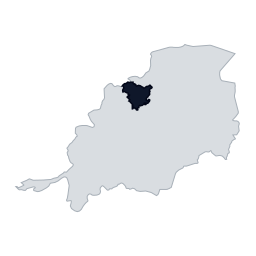 where Zabul sits in Afghanistan, rotated 181°
{"feature_id": "AFG-1755", "entity_name": "Zabul", "entity_type": "Province", "adm_level": 1, "iso_a3": "AFG", "parent_name": "Afghanistan", "parent_adm1": "", "projection": "mercator", "projection_center": [67.11, 32.305], "detail": "fine", "context": "in_parent", "style": "filled", "palette": "ink", "viewbox_px": 256, "rotation_deg": 181, "n_neighbors": 0, "source": "natural_earth", "source_scale": "10m", "svg_char_len": 7476}
<svg xmlns="http://www.w3.org/2000/svg" viewBox="0 0 256 256"><g transform="rotate(181 128 128)"><path d="M109.2,65.3L114.7,64.8L118.4,65.5L120.4,67.4L122.3,67.9L124.2,67.0L125.4,66.8L125.8,67.4L126.7,67.6L128.2,67.5L129.0,68.1L129.2,69.2L130.3,70.7L132.2,72.5L133.9,72.9L136.1,71.5L136.8,71.7L137.2,71.2L137.4,70.2L138.8,69.3L141.2,68.4L142.6,67.6L143.1,66.9L144.0,66.8L144.9,67.0L145.5,66.7L146.0,65.8L146.9,65.5L147.6,65.6L151.0,68.9L152.3,69.8L152.9,69.7L154.6,67.9L154.9,66.3L154.4,64.2L154.7,62.5L155.8,61.2L157.9,60.4L160.9,60.1L162.8,60.3L163.4,61.0L164.4,61.3L165.5,61.4L166.6,60.6L167.6,59.1L167.6,57.1L166.8,54.7L167.0,54.0L168.5,52.8L170.1,51.0L171.7,48.7L173.2,45.9L175.0,44.2L177.2,43.5L179.9,44.3L183.1,46.5L184.3,49.1L183.5,52.3L183.4,54.1L184.1,54.4L187.6,53.8L188.1,54.2L188.1,55.1L187.5,56.5L186.9,60.2L185.8,69.5L187.3,74.9L188.3,77.1L189.4,77.8L190.4,78.0L191.5,77.8L193.7,76.5L196.9,73.9L200.1,72.3L204.7,71.4L206.2,68.6L208.4,66.8L213.2,64.0L215.9,63.0L217.4,62.8L221.1,63.8L221.3,64.7L221.1,65.6L220.0,66.3L219.7,66.9L220.1,67.3L221.6,67.5L228.0,65.6L229.4,63.9L230.8,63.8L233.5,64.5L235.6,64.3L236.7,65.0L239.2,67.5L238.4,67.6L237.3,67.1L236.6,66.3L234.1,67.4L231.2,68.9L231.2,69.3L233.8,71.5L228.4,73.9L226.0,75.3L225.5,75.4L221.9,74.1L211.8,74.5L204.2,75.2L201.2,76.5L198.4,77.1L197.0,77.7L196.0,79.0L191.8,81.8L191.0,82.9L188.7,82.8L186.3,85.5L182.7,88.8L182.0,90.3L182.5,91.1L184.4,92.3L185.3,93.4L186.6,96.6L187.1,98.8L187.9,99.8L188.4,102.4L187.5,103.9L187.5,104.7L188.7,106.7L188.4,107.3L187.5,108.2L186.1,110.7L183.7,112.6L182.6,114.3L180.9,116.1L180.1,117.6L179.4,118.5L178.6,118.9L178.8,119.8L179.5,120.8L180.6,121.9L180.5,126.6L179.9,127.9L176.8,129.2L173.8,129.7L170.1,129.8L168.7,129.6L163.6,127.9L162.0,128.7L161.6,130.7L164.6,134.0L165.8,135.9L167.1,139.0L168.1,140.5L167.7,142.0L162.4,145.3L159.1,145.6L157.0,146.2L156.0,147.0L155.2,150.4L154.5,151.7L154.5,153.2L153.8,154.9L152.7,156.0L152.0,157.7L152.6,166.8L149.5,170.4L147.8,171.7L146.2,172.3L144.9,172.1L143.2,170.0L142.0,169.2L140.8,169.4L139.7,170.1L137.7,169.9L136.1,169.2L135.3,169.2L134.8,170.0L133.1,171.5L128.8,173.9L127.0,174.0L126.3,174.6L126.6,175.6L127.4,176.4L128.7,176.9L128.8,177.6L126.6,178.8L124.4,179.5L121.8,179.8L119.2,179.4L117.8,178.3L116.2,178.2L114.7,179.0L113.2,180.3L111.1,183.4L108.1,185.3L107.3,187.3L106.4,190.8L106.7,195.9L106.3,198.2L105.6,199.7L105.8,200.9L106.8,202.2L106.4,203.1L105.5,204.1L104.7,204.6L88.0,209.5L85.2,209.6L83.8,209.4L79.1,209.4L77.1,209.8L75.2,210.4L73.7,211.3L72.6,212.5L70.6,211.8L64.4,210.6L47.5,212.2L46.0,211.9L22.3,204.2L36.9,186.8L37.3,185.3L37.3,182.5L36.4,178.6L34.9,176.9L22.0,174.8L21.5,171.8L21.7,170.5L21.5,167.9L21.5,165.9L22.1,162.6L22.1,161.1L18.0,146.3L18.0,144.8L20.4,141.4L23.5,138.0L23.3,137.4L21.8,137.0L19.4,137.0L18.2,136.5L17.2,135.5L16.8,134.2L17.5,131.8L16.8,127.1L19.2,123.1L23.0,122.9L21.1,120.0L20.7,119.7L20.5,119.2L20.7,118.7L21.7,118.5L24.0,116.6L24.1,115.6L26.0,112.8L25.8,111.6L27.1,108.3L26.4,106.2L26.3,105.0L27.7,104.2L28.5,101.2L29.1,100.4L29.1,99.6L28.8,98.4L30.1,98.2L31.3,99.8L33.1,101.5L34.3,101.9L35.9,102.2L39.2,101.6L39.9,101.7L43.5,104.6L44.1,105.4L44.4,106.5L44.9,106.9L46.2,105.7L47.3,105.4L49.6,105.7L50.8,105.3L56.5,101.7L56.9,99.4L57.5,98.0L58.2,97.3L57.3,94.6L57.6,94.1L58.4,93.8L60.3,93.8L68.9,90.9L71.2,90.9L71.7,90.7L71.9,89.9L72.5,89.0L76.6,86.8L79.0,84.6L79.8,83.0L83.7,69.4L85.8,68.2L87.9,67.3L95.1,67.1L96.4,62.9L97.0,61.9L98.3,60.9L103.6,63.9L109.2,65.3Z" fill="#d9dde1" stroke="#a8b0b8" stroke-width="1"/><path d="M134.3,170.0L133.7,170.6L133.7,170.8L133.6,171.2L133.5,171.3L132.7,171.8L132.5,172.0L132.3,172.2L132.1,172.3L131.5,172.4L131.0,172.3L130.8,172.3L130.4,172.5L129.4,173.6L128.9,173.9L128.1,173.5L127.4,173.4L127.1,173.5L126.3,173.8L126.0,173.8L125.8,173.9L124.7,173.8L124.1,173.9L123.9,173.9L123.7,173.9L123.7,173.7L123.9,173.3L123.8,173.0L123.5,172.4L122.8,172.0L122.6,171.9L122.5,172.0L122.4,172.0L122.3,172.3L122.2,172.3L121.9,172.2L121.7,172.0L121.5,171.5L121.4,171.5L121.4,171.4L121.2,171.4L120.9,171.3L120.9,171.2L120.7,170.7L120.3,170.0L119.6,170.2L119.3,170.4L118.2,170.8L117.9,170.8L117.2,170.6L116.8,170.5L116.7,170.5L116.4,170.4L116.2,170.3L115.8,170.1L115.5,169.8L115.4,169.7L115.1,169.5L114.5,169.3L113.8,169.0L113.6,168.7L112.9,168.1L112.7,167.9L112.4,168.1L110.4,169.7L110.2,169.8L109.6,170.0L109.3,170.0L109.2,169.9L108.7,169.9L108.4,170.1L108.1,170.2L107.9,170.4L107.5,170.8L106.9,171.2L106.7,171.2L105.5,169.9L105.0,169.6L104.9,169.5L104.9,169.4L104.8,169.2L104.7,169.1L104.7,168.7L105.3,168.2L105.5,168.0L105.8,167.8L106.4,167.6L106.5,167.6L106.7,167.4L107.0,166.9L107.2,166.5L107.2,166.3L107.2,165.9L107.1,165.5L107.0,165.4L106.8,165.3L106.8,165.2L106.7,165.1L106.9,164.5L107.2,164.2L107.1,163.6L107.1,163.2L107.0,162.9L107.0,162.7L106.9,162.4L106.9,162.1L107.0,161.9L107.1,161.6L107.5,161.2L107.9,160.9L108.1,160.6L108.3,160.3L108.4,160.1L108.6,159.6L108.7,159.4L108.9,159.3L109.4,159.0L109.6,158.9L109.8,158.5L110.0,158.2L110.2,157.3L110.2,157.2L110.2,156.8L110.2,156.7L110.3,156.5L110.3,156.4L110.2,156.3L110.2,156.2L109.9,156.1L109.7,156.0L109.6,155.8L109.4,155.6L109.2,155.5L108.9,155.5L108.7,155.5L108.5,155.8L108.3,156.3L108.0,156.8L107.9,156.8L107.6,156.9L107.0,156.7L106.8,156.5L106.8,156.4L106.7,156.3L106.7,156.2L106.8,156.1L107.0,155.7L107.0,155.4L107.0,155.2L107.1,154.9L107.9,154.1L108.1,153.8L108.3,153.5L108.4,153.3L109.1,153.0L109.9,152.9L110.1,152.6L110.6,151.8L111.3,151.7L111.5,151.7L111.6,151.8L111.5,152.1L111.2,153.1L111.2,153.3L111.3,153.5L111.5,153.5L112.0,153.3L112.2,153.2L112.3,153.0L112.3,152.9L112.3,152.7L112.3,152.4L112.6,152.1L112.8,151.9L113.1,151.7L114.1,151.0L114.2,150.9L114.4,150.8L114.6,150.8L115.1,150.7L115.4,150.7L115.5,150.7L115.9,150.4L116.1,150.4L116.2,150.5L116.4,150.6L116.5,150.6L116.8,150.7L117.0,150.5L117.2,150.4L117.3,150.2L117.5,149.9L117.5,148.7L118.0,148.7L118.3,148.4L118.5,148.0L118.7,147.7L118.8,147.5L118.9,147.4L118.8,147.2L118.6,146.9L118.5,146.7L118.5,146.4L118.6,146.2L118.8,146.2L119.3,146.2L119.7,146.2L119.9,146.3L120.0,146.4L120.0,146.5L120.0,146.9L120.1,147.1L120.3,147.5L120.5,147.6L121.0,147.5L121.3,147.6L121.4,147.8L121.4,148.0L121.6,148.1L121.8,148.3L122.0,148.3L122.6,148.3L122.8,148.2L123.0,148.1L123.1,147.9L123.3,147.6L123.5,147.3L123.6,147.2L123.9,147.2L124.0,147.2L124.0,147.3L123.9,147.4L123.9,147.5L123.9,147.8L124.0,147.9L124.1,148.0L124.1,148.3L124.1,148.5L123.9,148.7L123.3,149.0L123.2,149.1L123.2,149.3L123.3,149.4L123.4,149.5L123.9,149.7L124.0,149.8L124.2,150.0L123.8,150.2L123.8,150.3L123.7,150.3L123.6,150.5L123.6,150.8L123.6,151.1L124.0,151.6L124.4,152.0L124.5,152.1L124.6,152.3L126.9,154.7L127.1,154.8L127.6,155.0L126.6,156.3L127.5,157.0L127.8,157.3L127.9,157.9L127.9,158.0L128.0,158.0L128.6,158.1L129.2,158.5L129.3,158.6L129.4,158.8L129.4,159.0L129.1,159.4L128.8,159.6L128.6,159.8L128.1,160.0L127.9,160.0L127.6,160.0L127.4,160.0L127.2,160.2L127.2,160.3L127.1,160.5L127.1,160.8L127.1,161.1L127.3,161.1L127.8,161.0L128.0,161.0L128.3,161.2L128.4,161.4L128.5,161.6L128.4,162.4L128.4,162.6L128.5,162.8L128.9,163.0L129.0,163.1L129.9,163.2L130.2,163.3L130.4,163.4L130.7,163.6L131.1,163.9L131.4,164.1L131.6,164.3L131.9,164.3L132.9,164.3L133.0,164.3L133.6,163.9L133.9,164.7L134.0,165.4L134.0,165.5L133.9,165.8L133.8,166.3L133.5,166.9L133.0,167.6L133.0,167.8L132.9,168.0L133.0,168.2L133.0,168.6L133.1,168.8L133.2,169.1L133.3,169.2L133.4,169.4L133.6,169.6L134.2,170.0L134.3,170.0L134.3,170.0Z" fill="#0f172a" stroke="#020617" stroke-width="1.5"/></g></svg>